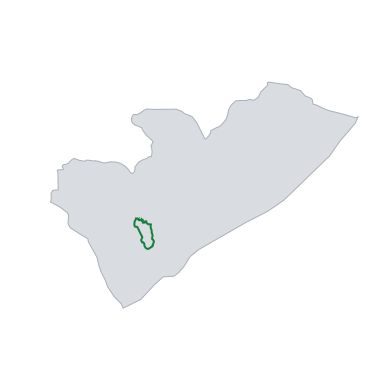 location of Fuamah, Bong, Liberia, rotated 288°
{"feature_id": "62588387B99058243343156", "entity_name": "Fuamah", "entity_type": "district", "adm_level": 2, "iso_a3": "LBR", "parent_name": "Liberia", "parent_adm1": "Bong", "projection": "orthographic", "projection_center": [-10.257, 6.963], "detail": "fine", "context": "in_parent", "style": "outline", "palette": "green", "viewbox_px": 384, "rotation_deg": 288, "n_neighbors": 0, "source": "geoboundaries", "source_scale": "gbopen_adm2", "svg_char_len": 3989}
<svg xmlns="http://www.w3.org/2000/svg" viewBox="0 0 384 384"><g transform="rotate(288 192 192)"><path d="M60.2,162.4L63.6,159.5L68.6,150.2L75.6,141.3L82.1,136.1L87.3,130.7L92.8,126.5L100.6,121.7L112.5,108.9L115.4,107.4L117.3,98.6L120.3,87.3L123.7,83.8L131.9,81.7L133.8,79.8L136.6,71.8L138.5,62.6L138.7,60.6L141.9,60.3L147.3,58.3L150.5,59.2L151.9,61.9L152.6,64.1L169.2,58.4L170.6,57.2L171.5,57.4L173.6,62.6L174.8,62.3L175.8,60.7L176.9,60.6L178.2,61.3L179.5,63.7L181.6,65.9L185.2,67.4L187.5,69.5L187.3,75.1L188.1,80.5L189.7,81.7L190.5,84.9L191.0,88.5L191.8,90.3L192.4,93.9L192.1,97.7L192.8,100.4L195.5,105.1L197.1,110.9L197.1,115.1L196.2,119.5L194.4,123.5L191.3,127.8L191.1,129.5L192.9,130.7L195.7,130.9L198.0,130.0L203.9,132.0L207.0,134.8L209.7,138.4L212.2,140.2L213.3,142.4L217.5,141.8L222.3,139.6L223.3,138.6L224.7,139.1L227.9,139.3L230.0,135.5L231.8,131.0L235.5,126.1L237.4,124.3L237.9,121.2L238.0,117.2L239.4,113.7L242.5,111.8L245.8,111.8L247.7,112.5L248.6,115.9L251.3,118.4L253.6,120.2L254.8,120.9L256.8,122.9L258.6,129.6L265.9,151.4L265.5,157.4L264.1,161.3L264.1,165.2L263.6,169.0L259.3,175.2L246.3,188.0L247.4,189.1L250.5,190.6L253.6,191.3L256.2,190.9L259.5,194.1L263.0,198.0L266.7,200.1L272.0,201.9L276.7,202.1L280.7,201.4L286.3,202.2L292.2,205.4L294.4,210.9L295.8,215.6L297.9,218.0L298.2,222.2L302.5,225.8L308.5,226.5L316.4,230.7L318.4,230.4L319.2,229.9L320.2,230.7L322.2,242.9L323.8,249.4L323.0,252.0L322.0,254.1L321.9,264.0L318.4,269.7L317.9,276.0L316.9,278.0L313.1,279.8L313.1,284.6L312.1,290.4L311.7,296.5L312.8,312.6L313.1,324.6L314.8,326.8L307.4,325.9L285.6,316.8L268.8,311.7L212.6,281.9L197.0,269.9L179.0,252.0L139.1,216.0L130.0,210.2L118.5,207.3L111.4,204.3L106.4,200.9L102.4,190.9L92.4,185.0L74.0,176.5L60.2,162.4Z" fill="#d9dde1" stroke="#a8b0b8" stroke-width="1"/><path d="M141.6,149.0L141.7,149.3L141.8,150.7L141.7,150.7L141.7,150.8L141.2,151.4L139.3,153.3L138.6,153.9L138.5,154.0L137.3,155.2L135.4,157.0L135.2,157.3L134.9,157.5L134.0,158.4L133.6,158.7L132.8,158.6L132.3,158.6L131.4,158.5L130.5,158.6L130.1,158.7L130.0,158.8L129.7,159.2L129.3,159.6L129.2,159.7L129.0,159.9L128.6,160.3L128.9,160.8L129.1,161.2L128.2,162.4L128.2,162.5L126.8,163.1L126.5,163.2L126.3,163.4L125.9,163.7L124.6,165.1L124.5,165.3L124.5,165.5L124.3,166.1L124.2,166.6L124.1,167.0L124.1,167.4L124.2,167.6L124.3,167.8L124.5,168.0L124.8,168.2L125.0,168.5L125.2,168.8L125.4,168.9L125.7,169.2L126.1,169.6L126.4,169.8L126.7,170.0L127.0,170.1L127.3,170.4L127.4,170.5L127.5,170.7L127.7,170.9L127.8,170.9L128.1,170.9L128.6,170.9L128.9,170.9L128.9,171.2L130.3,171.1L130.9,171.1L131.5,171.1L132.6,171.1L133.3,171.0L133.6,170.5L133.9,170.4L134.2,170.2L134.7,169.4L134.7,169.0L134.8,168.9L135.0,168.6L135.3,168.5L135.6,168.4L135.9,168.3L136.5,168.2L137.7,168.1L138.0,168.0L138.4,168.0L138.8,167.7L140.2,166.9L140.4,166.8L141.1,166.1L141.5,166.0L141.9,165.9L142.1,165.8L142.8,165.5L143.9,164.9L144.1,164.7L144.5,164.3L144.6,164.2L144.9,163.9L145.7,163.6L146.1,163.4L146.3,163.4L146.6,163.3L147.3,163.1L147.6,162.9L148.4,162.9L148.3,162.4L148.2,161.6L148.1,161.2L147.9,161.0L147.9,160.3L147.9,160.1L148.1,159.2L148.5,158.5L148.7,158.3L149.2,157.9L149.8,157.7L150.0,157.3L149.7,157.2L149.4,156.6L149.3,156.4L148.8,156.5L148.5,156.5L148.2,156.3L148.0,156.0L147.9,155.7L147.7,154.7L148.3,154.5L148.5,154.5L149.4,154.2L149.9,154.0L150.0,154.0L150.1,153.9L150.3,153.6L150.2,153.5L149.9,153.2L149.7,153.2L149.6,153.3L149.5,153.1L149.3,153.0L149.5,152.8L149.9,152.7L150.0,152.6L149.9,152.6L149.8,152.4L149.6,152.2L149.8,152.0L149.7,151.9L149.4,151.7L149.4,151.4L149.2,150.9L149.2,150.6L149.2,150.3L148.8,150.3L148.8,150.0L149.0,149.6L149.2,149.4L149.4,149.5L149.5,149.3L149.8,149.3L149.7,149.2L149.8,148.5L149.9,148.3L149.9,148.2L149.7,148.1L149.7,147.9L149.7,147.6L149.6,147.4L149.5,146.9L148.8,147.0L148.7,147.0L148.0,146.9L147.9,146.9L147.7,146.9L147.1,146.8L146.7,146.6L146.3,146.5L144.6,146.9L142.7,147.4L141.8,148.1L141.7,148.3L141.7,149.0L141.6,149.0Z" fill="none" stroke="#15803d" stroke-width="2"/></g></svg>